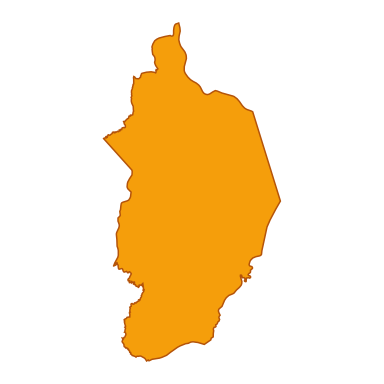 outline of Khuan Niang, Songkhla, Thailand
{"feature_id": "78962969B48341531753784", "entity_name": "Khuan Niang", "entity_type": "district", "adm_level": 2, "iso_a3": "THA", "parent_name": "Thailand", "parent_adm1": "Songkhla", "projection": "natural_earth1", "projection_center": [100.353, 7.193], "detail": "fine", "context": "isolated", "style": "filled", "palette": "amber", "viewbox_px": 384, "rotation_deg": 0, "n_neighbors": 0, "source": "geoboundaries", "source_scale": "gbopen_adm2", "svg_char_len": 6020}
<svg xmlns="http://www.w3.org/2000/svg" viewBox="0 0 384 384"><path d="M280.4,201.1L252.7,111.8L251.5,111.1L246.7,109.4L244.6,108.1L242.4,105.8L239.4,101.5L237.0,98.7L234.0,96.5L232.7,96.0L221.9,93.0L217.4,91.1L215.3,90.6L212.8,91.9L209.4,94.1L207.4,94.6L205.5,94.2L203.7,93.1L202.6,91.6L200.3,87.0L198.8,85.1L196.3,83.1L193.1,81.4L190.5,79.7L187.8,77.0L185.4,73.6L184.6,72.0L184.2,70.4L184.3,66.5L186.4,58.6L186.3,56.6L186.1,55.0L185.0,52.2L184.3,51.1L181.0,46.7L180.5,45.7L179.6,43.3L178.8,39.8L179.1,36.0L180.2,31.1L179.9,27.8L178.7,23.0L175.6,24.1L174.7,25.2L174.0,27.3L173.6,30.5L173.6,33.9L173.1,35.6L172.4,36.0L171.3,36.1L170.2,35.5L164.9,36.5L159.2,38.0L156.8,39.2L154.7,40.8L152.9,44.0L152.0,46.7L152.0,47.4L152.3,48.2L152.1,49.5L152.3,51.5L152.7,54.3L154.5,56.7L155.0,58.4L155.1,60.4L154.6,62.2L154.9,63.6L155.7,65.6L157.9,68.9L156.8,69.8L156.4,69.7L156.5,70.4L155.9,70.4L156.1,71.0L156.0,72.0L155.8,72.8L155.6,72.9L154.7,72.4L151.2,71.8L146.5,72.2L142.0,73.3L141.5,73.7L140.9,75.5L140.6,75.9L140.6,77.0L139.2,78.4L138.4,78.8L135.7,78.5L134.7,77.0L133.8,76.5L133.5,77.6L133.7,79.6L133.7,83.9L133.1,84.4L133.2,85.2L132.7,86.1L132.8,87.0L132.4,87.4L132.4,88.5L131.5,90.8L131.5,92.9L131.7,93.6L131.5,94.8L131.9,95.8L131.1,97.5L131.6,98.6L131.3,99.8L131.4,101.8L131.9,103.5L133.2,106.3L133.4,110.4L133.7,111.0L133.2,111.9L132.7,114.8L131.5,115.1L130.7,115.8L130.3,115.3L129.8,116.2L129.1,116.1L128.7,117.1L128.7,117.9L128.4,118.3L127.5,118.7L127.1,119.2L126.7,119.3L124.6,121.7L124.0,121.4L123.6,121.5L124.2,122.9L124.2,123.8L125.3,125.2L125.4,127.0L124.9,127.6L124.4,127.7L123.9,127.5L122.8,127.7L122.0,128.1L121.7,129.6L121.2,129.7L120.7,129.4L120.2,129.5L119.9,129.8L120.3,130.2L120.2,130.6L119.1,130.3L119.0,131.4L118.3,131.7L117.5,131.3L116.1,132.2L115.5,132.0L115.3,132.6L114.5,132.8L114.2,132.7L114.1,132.2L113.6,132.4L113.3,132.0L113.1,132.0L112.9,132.4L112.4,132.5L112.2,133.5L110.8,134.4L109.9,135.2L109.1,135.1L108.6,134.8L108.2,134.8L107.6,136.0L107.4,137.0L106.6,136.4L105.9,136.6L105.8,137.0L106.4,137.3L106.2,137.9L105.4,137.7L104.9,138.0L104.1,138.1L103.6,138.6L131.9,170.1L132.2,171.7L132.0,174.9L129.5,178.8L127.8,182.0L127.4,183.5L127.1,186.6L127.3,187.7L128.0,189.0L131.1,192.1L130.5,196.9L129.8,198.4L128.6,200.2L126.8,201.0L122.9,202.2L121.8,202.8L121.4,203.3L121.2,203.9L120.9,205.7L120.5,209.7L119.8,211.4L120.3,215.2L119.7,216.3L118.0,218.0L118.0,221.1L119.1,224.1L119.3,225.9L118.8,227.9L116.7,232.5L116.4,233.7L116.4,234.8L116.9,239.8L117.1,246.2L117.9,248.5L118.3,250.6L118.3,255.4L117.8,257.3L114.8,262.9L113.4,266.4L114.4,265.5L115.0,265.4L116.0,264.9L116.2,264.2L115.9,263.8L116.0,263.6L116.7,262.8L117.0,262.7L117.3,263.3L117.1,263.7L117.3,264.3L118.2,265.2L118.1,266.1L118.5,268.5L118.9,269.1L119.4,269.2L121.5,268.6L122.2,268.7L122.5,269.0L123.3,271.2L123.8,271.9L124.2,272.1L126.6,271.4L127.5,272.6L128.0,272.9L129.1,271.8L129.7,271.7L130.2,272.7L131.1,273.2L131.3,273.9L129.7,277.0L129.6,277.7L128.4,278.8L128.0,279.4L128.0,280.2L128.3,280.8L129.3,280.6L129.7,280.8L129.6,281.1L129.2,281.5L129.4,282.6L129.9,282.7L130.6,282.2L131.5,282.9L131.5,282.2L131.8,281.9L131.7,281.4L131.8,281.4L132.5,282.3L133.3,282.4L133.4,283.1L133.6,283.2L133.9,282.0L134.1,281.9L134.5,282.2L134.4,283.2L134.2,283.6L133.6,283.8L133.6,284.1L134.6,284.7L135.4,284.6L136.2,286.3L137.6,286.4L138.3,287.4L138.6,287.3L139.3,286.2L139.0,285.5L139.1,285.1L140.1,285.0L141.0,285.3L142.8,283.5L143.2,286.0L142.6,285.7L142.4,286.0L142.9,286.7L143.5,288.2L143.1,290.3L143.4,290.4L144.0,290.1L143.7,291.5L142.1,293.6L141.9,294.8L141.3,295.5L141.5,296.7L140.5,298.1L140.0,300.0L139.7,300.1L139.2,299.7L138.8,299.8L139.2,300.5L138.7,301.2L137.8,301.2L137.2,302.0L136.3,302.2L135.9,303.1L134.8,302.8L134.2,303.4L133.9,304.1L133.0,304.2L132.1,303.5L131.3,303.7L131.0,304.5L131.2,306.3L129.8,307.2L130.3,308.4L129.9,309.1L130.0,310.0L129.7,311.2L130.3,312.1L129.5,312.7L129.7,313.0L129.5,313.3L129.9,314.3L129.8,315.0L129.9,316.1L129.6,316.5L129.7,317.0L127.1,317.3L126.3,318.5L125.0,319.0L124.7,319.4L124.2,319.6L124.2,320.2L124.8,321.0L124.3,321.9L124.7,322.8L124.7,323.7L125.0,324.2L125.1,324.9L125.6,326.2L125.3,326.8L124.8,327.2L125.5,328.0L125.5,328.4L125.0,330.2L125.0,331.4L124.5,332.2L125.1,332.4L125.6,333.0L125.9,334.1L125.7,335.3L125.3,335.8L125.1,336.7L124.7,337.1L124.3,337.2L123.8,337.9L123.3,338.0L123.6,338.5L123.5,338.8L122.4,338.3L122.7,339.0L122.7,339.9L122.1,341.4L122.4,342.3L123.4,343.5L124.0,344.7L124.0,346.0L124.3,346.7L125.3,347.3L125.7,348.0L126.7,347.8L127.1,348.5L127.9,348.6L128.0,349.5L128.6,349.6L128.9,350.5L129.5,350.9L129.7,352.2L130.6,352.5L130.6,354.0L131.3,354.2L132.3,355.6L133.4,355.7L133.9,356.1L134.8,356.3L136.0,357.1L136.5,356.5L137.2,356.2L138.2,356.3L140.2,356.0L141.1,356.2L144.5,358.1L145.2,358.8L146.6,361.0L148.2,360.0L148.7,360.7L149.3,360.7L152.1,359.3L159.5,358.1L162.0,357.3L166.6,355.3L170.3,352.4L177.5,347.3L180.1,345.9L185.6,343.7L188.3,343.3L190.7,342.1L193.0,341.8L198.0,342.5L204.3,344.4L210.8,339.9L211.2,338.2L213.2,336.9L213.3,333.5L213.7,330.7L213.3,329.1L213.7,328.0L214.1,327.3L215.3,327.1L215.9,326.6L216.0,326.3L215.7,325.2L215.7,324.8L216.8,324.2L217.3,323.6L217.8,322.0L219.0,321.1L219.6,319.4L219.0,318.0L218.9,317.5L219.2,316.3L220.1,315.2L219.0,312.9L218.4,311.0L218.7,309.4L219.4,308.6L222.0,306.4L224.6,300.2L226.3,297.7L228.9,295.4L232.8,293.8L234.0,293.1L236.4,290.1L239.5,287.3L241.1,285.3L241.7,283.8L241.9,281.5L240.4,276.4L240.4,275.2L241.0,275.0L241.6,275.4L242.2,277.2L242.7,277.8L244.0,277.6L244.7,278.2L245.1,279.3L244.5,280.4L244.5,281.0L244.8,281.4L245.8,281.7L246.1,281.5L246.4,278.1L248.3,277.7L249.7,278.1L250.5,277.6L250.6,276.8L250.3,276.2L249.7,275.8L248.5,275.4L248.2,275.0L248.1,274.6L248.8,273.6L250.3,272.6L250.5,271.9L250.5,270.2L252.2,268.7L252.5,268.2L252.5,267.7L251.9,266.6L250.1,266.1L249.3,265.3L249.1,264.3L250.0,261.3L250.8,260.0L252.8,258.0L255.8,256.7L259.9,255.8L261.2,254.9L261.5,254.3L261.9,250.6L267.0,227.0L270.1,219.9L275.8,209.1L280.4,201.1Z" fill="#f59e0b" stroke="#b45309" stroke-width="1.5"/></svg>